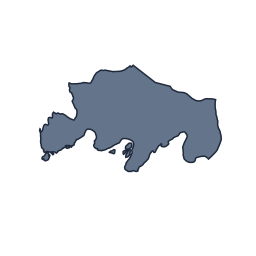 the district of Chaves, Pará, Brazil, rotated 147°
{"feature_id": "56859067B61286453634561", "entity_name": "Chaves", "entity_type": "district", "adm_level": 2, "iso_a3": "BRA", "parent_name": "Brazil", "parent_adm1": "Pará", "projection": "albers", "projection_center": [-49.534, 0.015], "detail": "fine", "context": "isolated", "style": "filled", "palette": "slate", "viewbox_px": 256, "rotation_deg": 147, "n_neighbors": 0, "source": "geoboundaries", "source_scale": "gbopen_adm2", "svg_char_len": 5950}
<svg xmlns="http://www.w3.org/2000/svg" viewBox="0 0 256 256"><g transform="rotate(147 128 128)"><path d="M89.5,177.8L90.7,177.5L92.2,177.4L92.2,178.6L92.3,178.8L92.7,179.0L94.4,178.7L96.2,178.8L97.2,178.8L98.1,178.6L99.1,178.6L101.8,179.2L104.1,180.1L109.5,183.2L110.5,184.0L115.7,189.0L117.4,189.7L118.9,191.1L120.1,191.4L121.6,191.3L123.5,191.5L124.9,191.3L128.1,190.0L131.2,187.9L132.4,187.4L133.4,186.7L134.3,186.4L135.3,186.3L136.1,186.6L137.2,187.5L137.7,188.1L140.2,190.1L141.1,190.6L142.5,190.9L143.5,191.3L144.7,192.0L146.9,193.0L151.7,196.1L152.6,197.7L152.9,197.9L154.0,196.6L154.1,196.3L154.8,195.2L154.7,193.5L155.0,193.1L156.1,192.2L156.8,190.9L157.0,189.8L156.1,188.1L156.5,187.6L156.4,186.2L156.6,185.9L157.0,184.7L157.0,183.8L157.2,183.5L157.6,182.5L158.4,181.8L160.2,181.0L161.5,173.3L161.1,171.8L161.1,171.2L161.5,170.2L162.7,168.2L165.3,165.6L167.3,164.9L168.6,164.1L169.0,164.1L169.4,164.4L170.2,165.7L171.6,167.5L172.3,169.4L173.0,170.6L173.3,172.1L174.5,174.6L175.2,175.7L175.5,175.9L177.3,176.6L178.3,178.4L178.6,178.7L179.8,179.0L180.2,178.9L180.5,179.1L180.8,179.8L181.6,181.2L181.7,181.8L182.1,181.8L183.3,181.2L183.9,180.7L185.4,178.2L186.0,177.8L186.5,178.0L187.2,179.0L188.2,179.7L188.9,179.8L189.8,179.3L190.8,178.1L192.1,175.0L193.1,174.2L193.5,174.1L194.2,174.5L194.6,175.1L194.9,175.7L195.4,176.2L196.6,176.2L198.2,175.2L200.9,172.7L201.7,172.2L202.5,172.0L202.8,172.1L203.0,172.4L202.8,173.8L202.2,174.7L202.3,175.2L203.0,174.6L203.5,174.0L204.2,171.3L205.7,168.9L207.0,166.4L207.9,165.4L208.9,163.9L209.6,162.4L209.9,161.3L210.4,160.6L210.5,159.9L210.9,159.4L211.1,158.3L210.5,155.8L210.6,155.4L211.4,154.7L211.2,154.1L211.5,153.1L208.7,152.5L207.9,151.9L207.3,150.9L206.6,150.4L205.6,149.9L203.8,148.7L203.2,148.5L201.9,146.8L201.9,146.1L201.6,145.9L199.7,146.4L199.3,146.5L199.1,146.8L198.6,146.8L197.7,146.4L196.5,146.1L195.3,146.1L194.0,146.6L193.4,146.3L193.0,146.3L192.7,146.5L191.4,146.0L190.2,146.6L190.1,147.1L189.7,147.1L189.0,146.8L187.9,145.9L186.9,145.6L186.7,144.8L186.4,144.7L186.2,144.4L186.2,143.2L186.0,142.8L185.7,142.8L185.1,143.0L184.9,143.8L184.5,143.8L183.0,143.0L182.6,143.2L181.8,143.7L181.7,144.1L181.1,144.8L180.7,144.6L180.4,144.8L177.8,146.1L177.7,146.4L177.3,146.4L176.9,146.0L176.0,145.8L170.5,145.7L169.9,145.9L169.4,145.7L168.7,146.0L167.3,147.2L164.1,149.1L162.6,149.1L161.2,148.2L159.8,146.9L159.2,145.8L158.7,144.6L158.0,142.5L158.1,141.5L158.7,139.6L158.8,138.6L160.2,136.6L162.1,135.6L162.6,135.4L163.0,135.6L163.4,135.2L163.7,134.4L164.2,133.8L164.5,133.0L165.6,132.7L166.4,131.8L166.7,130.5L166.2,128.6L165.9,128.1L165.1,127.7L164.9,127.2L165.4,126.8L165.5,126.5L165.1,125.6L164.6,125.0L163.6,124.4L162.4,123.2L161.4,123.1L160.7,122.7L158.4,122.0L156.2,121.9L153.8,121.2L152.7,121.2L151.7,121.1L148.5,121.2L147.6,121.1L146.9,120.8L144.6,120.7L144.0,120.3L142.9,120.5L139.7,121.9L138.2,121.9L136.3,120.9L134.8,119.6L133.8,118.6L132.3,116.5L131.3,114.1L131.3,113.3L132.0,111.3L134.1,109.1L136.9,107.4L138.1,104.8L139.5,104.1L140.2,103.6L140.8,102.9L142.9,101.9L143.2,101.6L146.1,100.7L148.8,99.6L149.6,98.5L151.0,97.9L152.3,96.8L152.8,95.7L152.9,94.7L152.8,94.3L152.1,93.2L152.0,92.5L151.4,91.4L148.8,89.7L146.9,89.5L145.2,87.5L144.3,86.8L143.4,86.6L143.0,86.6L142.8,87.0L142.5,87.8L141.7,87.9L141.2,88.2L139.7,89.3L139.3,89.3L138.5,89.0L135.7,89.1L133.5,89.9L131.3,90.2L128.1,91.0L126.4,92.1L124.5,93.8L123.3,94.5L120.2,95.5L119.8,95.3L119.6,95.1L119.6,93.7L119.3,93.2L118.7,93.0L118.1,93.1L116.3,94.3L111.9,96.4L111.0,96.3L110.3,96.3L109.3,96.7L108.8,96.6L108.6,96.2L110.0,94.6L109.8,94.1L108.1,92.6L106.8,92.1L106.1,92.0L103.5,92.2L102.5,92.5L102.3,92.9L101.9,94.4L101.3,94.8L99.1,94.9L97.2,94.6L96.2,94.6L95.3,95.0L94.4,95.0L92.3,94.7L90.5,94.2L89.4,94.5L87.0,95.6L83.3,94.5L82.6,93.8L82.4,92.2L82.3,91.0L82.5,89.8L82.8,88.7L86.1,86.5L88.2,85.4L91.5,83.0L92.6,82.0L94.9,77.5L96.8,74.6L97.1,73.4L97.1,73.0L97.6,72.2L97.7,71.3L97.2,68.9L96.7,67.8L95.2,65.7L93.1,64.3L92.0,63.8L90.8,63.7L89.9,63.9L89.0,64.5L87.9,65.7L86.9,65.9L86.3,65.8L82.2,64.4L79.7,63.0L78.7,62.2L77.7,59.9L77.4,58.1L72.7,58.9L66.9,60.3L65.0,61.1L59.8,64.6L57.0,66.7L55.8,67.9L54.2,70.9L52.7,75.0L52.3,76.9L52.3,78.2L51.8,80.1L50.8,82.4L48.9,84.9L48.5,86.6L47.4,89.1L46.9,91.3L45.3,94.0L43.6,98.0L41.1,101.8L39.4,103.8L39.1,103.9L39.3,104.4L41.1,106.2L46.2,109.8L46.9,110.2L48.7,110.6L50.6,110.8L52.3,111.3L54.1,112.2L56.2,114.2L58.2,118.0L60.0,124.3L60.3,125.0L61.8,127.2L66.5,130.9L69.5,135.5L69.8,136.4L70.0,137.4L69.9,139.9L80.4,151.4L89.5,177.8ZM212.2,144.9L211.7,145.1L210.0,146.2L209.5,147.8L208.6,149.8L208.4,150.7L208.6,151.0L209.6,151.3L210.8,151.4L211.7,150.9L213.2,150.3L214.3,150.2L215.2,150.4L216.1,150.0L216.8,149.2L216.9,148.8L216.8,148.4L215.4,148.0L215.4,147.7L215.7,147.6L216.0,147.3L215.7,146.3L215.3,145.6L214.1,145.1L212.2,144.9ZM139.4,110.4L138.2,109.6L137.3,109.8L136.7,110.1L136.2,110.0L135.3,110.3L133.8,112.1L133.5,112.8L133.6,113.6L134.9,114.4L136.0,114.7L137.5,114.3L139.9,113.9L140.5,113.2L140.9,112.8L141.3,112.1L141.2,111.5L140.7,110.9L139.4,110.4ZM139.7,109.1L141.6,107.9L143.9,107.0L145.4,105.4L145.8,104.5L144.2,104.0L143.1,104.0L141.3,104.6L140.1,105.7L138.2,108.0L138.0,108.5L138.2,108.9L138.8,109.1L139.7,109.1ZM156.9,117.6L155.1,115.8L154.1,114.3L153.4,114.1L153.0,114.2L151.0,116.5L151.0,116.9L151.5,117.5L153.9,117.6L154.7,118.0L156.0,118.0L156.9,117.9L156.9,117.6ZM145.3,110.4L146.1,108.9L146.1,108.4L145.1,108.4L140.7,109.8L141.2,110.6L142.3,110.8L143.2,110.8L144.2,111.0L144.8,111.0L145.3,110.4ZM189.6,146.0L190.3,145.9L190.5,145.6L190.6,145.3L190.5,145.0L190.5,144.5L190.0,144.0L188.6,143.7L188.1,143.4L187.6,143.5L187.2,144.8L188.7,146.0L189.6,146.0ZM206.0,148.2L205.5,147.5L204.4,147.1L204.4,148.0L204.8,148.4L205.5,148.8L206.1,148.9L206.0,148.2ZM208.9,148.0L209.2,147.5L209.2,147.1L208.7,147.1L208.4,147.8L208.5,148.2L208.9,148.0ZM205.6,146.6L205.2,146.5L205.2,147.0L205.5,147.1L205.6,146.6Z" fill="#64748b" stroke="#1e293b" stroke-width="1.5"/></g></svg>